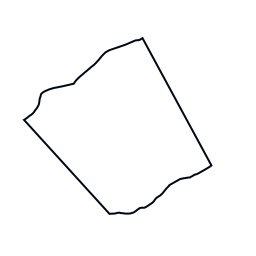 outline of Martin, Choiseul, Saint Lucia, rotated 225°
{"feature_id": "8701671B20776144053651", "entity_name": "Martin", "entity_type": "district", "adm_level": 2, "iso_a3": "LCA", "parent_name": "Saint Lucia", "parent_adm1": "Choiseul", "projection": "robinson", "projection_center": [-61.046, 13.789], "detail": "fine", "context": "isolated", "style": "outline", "palette": "ink", "viewbox_px": 256, "rotation_deg": 225, "n_neighbors": 0, "source": "geoboundaries", "source_scale": "gbopen_adm2", "svg_char_len": 2718}
<svg xmlns="http://www.w3.org/2000/svg" viewBox="0 0 256 256"><g transform="rotate(225 128 128)"><path d="M207.2,60.2L80.3,54.2L80.0,54.6L78.8,56.1L78.0,56.8L77.6,57.4L77.4,57.6L76.9,58.1L76.6,58.5L76.2,59.1L75.9,59.8L75.5,60.4L75.2,60.9L74.8,61.3L74.4,61.9L74.2,62.0L73.9,62.3L73.5,62.4L73.0,62.7L72.7,62.9L72.4,63.2L71.9,63.6L71.5,64.0L71.3,64.2L71.0,64.4L70.3,64.9L69.4,65.6L68.8,66.1L68.4,66.5L67.9,67.0L67.3,67.6L67.0,67.9L66.5,68.5L66.2,68.9L65.8,69.4L65.5,70.1L64.6,71.7L64.3,72.3L64.1,73.0L64.1,73.4L64.0,73.7L63.9,74.2L63.7,75.0L63.7,75.8L63.6,76.4L63.5,77.3L63.4,77.8L63.3,78.2L63.1,79.5L62.9,80.0L62.4,80.7L61.7,81.6L61.5,81.8L61.2,82.0L60.8,82.4L60.4,82.7L60.1,83.1L59.9,83.6L59.4,84.9L59.3,85.2L59.1,86.3L58.9,87.2L58.9,87.4L58.7,88.1L58.7,88.4L58.6,89.1L58.3,90.3L58.2,90.6L58.1,91.1L58.0,91.9L57.9,92.2L57.9,92.7L57.9,93.4L57.9,94.4L58.1,95.5L58.2,95.8L58.3,96.7L58.4,97.1L58.4,97.7L58.5,98.4L58.4,99.0L58.1,100.5L57.9,101.4L57.8,101.9L57.6,102.7L57.5,103.2L57.5,103.6L57.5,104.0L57.5,104.3L57.4,104.5L57.4,104.8L57.4,105.0L57.4,105.9L57.5,107.0L57.5,107.5L57.6,107.9L57.7,108.7L57.8,109.6L57.9,110.9L58.1,112.1L58.1,113.0L58.1,113.8L58.1,114.6L58.1,115.0L58.1,115.4L58.2,116.4L58.3,116.8L58.2,117.5L54.9,129.2L54.6,129.6L54.0,130.3L53.8,130.7L53.6,131.1L53.0,131.8L52.8,132.2L52.3,132.8L51.7,133.7L51.1,134.6L50.9,134.8L50.5,135.3L50.2,135.7L49.8,136.1L49.6,136.4L49.4,136.8L49.1,137.4L49.0,138.0L48.6,139.1L48.1,141.3L47.6,142.5L47.3,143.1L46.9,143.8L46.7,144.3L46.5,144.7L46.4,145.0L46.2,145.6L45.9,146.5L45.8,146.8L45.7,147.5L45.5,148.3L45.2,149.1L45.0,149.8L44.8,150.7L44.5,151.7L44.3,152.5L44.0,153.6L43.9,154.0L43.8,154.3L43.6,155.3L43.4,155.9L43.3,156.4L43.2,156.8L42.8,158.5L42.5,160.5L181.3,201.8L182.1,198.4L184.7,195.1L188.8,184.9L196.2,169.9L197.4,165.6L197.4,160.6L197.2,158.3L197.0,156.9L196.9,155.9L196.8,154.1L196.8,153.1L196.7,152.0L196.7,150.3L196.7,148.9L196.8,147.8L197.0,146.5L197.2,144.5L197.6,138.6L197.8,137.2L197.9,135.8L198.0,134.0L198.2,132.3L198.3,130.6L198.4,129.1L198.4,127.1L198.4,125.5L198.3,124.2L198.1,123.0L197.9,122.1L197.7,120.7L198.1,120.3L198.5,119.8L198.9,119.0L199.8,117.6L200.4,116.5L201.2,115.4L202.1,113.9L203.5,111.6L204.8,109.7L205.9,108.1L206.9,106.5L207.7,105.4L208.3,104.5L209.0,103.4L209.7,102.1L210.2,101.1L211.0,99.7L211.5,98.4L212.1,96.9L212.3,96.5L212.6,95.6L212.8,94.9L213.1,93.9L213.3,93.1L213.5,91.9L213.4,91.0L213.3,90.3L213.0,89.7L212.6,89.2L212.2,88.5L211.9,87.8L211.4,86.8L210.7,85.7L210.0,84.8L209.2,83.7L207.9,81.9L207.2,80.3L206.9,79.1L206.5,77.6L206.3,76.1L206.1,74.5L205.7,72.6L205.6,71.0L205.8,68.9L206.1,67.4L206.3,66.3L206.4,65.1L206.6,63.8L206.8,62.3L207.0,60.8L207.2,60.2Z" fill="none" stroke="#020617" stroke-width="2"/></g></svg>